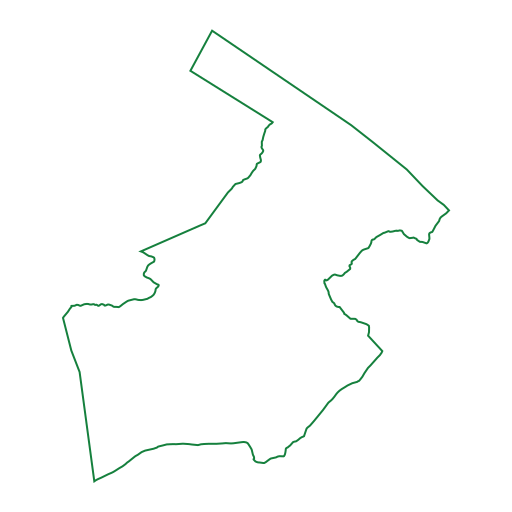 San Miguelito, Intibucá, Honduras (Albers equal-area conic projection)
{"feature_id": "27666195B17260395757329", "entity_name": "San Miguelito", "entity_type": "district", "adm_level": 2, "iso_a3": "HND", "parent_name": "Honduras", "parent_adm1": "Intibucá", "projection": "albers", "projection_center": [-88.337, 14.373], "detail": "fine", "context": "isolated", "style": "outline", "palette": "green", "viewbox_px": 512, "rotation_deg": 0, "n_neighbors": 0, "source": "geoboundaries", "source_scale": "gbopen_adm2", "svg_char_len": 6073}
<svg xmlns="http://www.w3.org/2000/svg" viewBox="0 0 512 512"><path d="M284.0,456.1L284.7,454.9L285.0,454.1L285.4,452.3L285.7,450.2L285.8,449.0L286.0,448.5L286.6,447.9L287.6,447.5L288.9,446.4L290.1,445.5L293.1,442.1L294.5,441.6L295.8,441.4L296.3,441.2L298.4,439.7L300.1,438.2L300.9,437.7L301.7,437.2L303.4,436.5L304.0,436.2L306.1,430.0L306.6,428.6L307.1,428.0L307.6,427.5L310.0,425.6L314.0,421.0L323.0,410.0L328.2,402.9L328.9,402.2L331.1,400.4L332.5,399.0L334.3,396.8L336.4,393.9L337.7,392.4L339.5,390.7L341.7,389.1L345.0,387.1L347.5,385.5L352.3,383.2L357.1,381.9L357.6,381.6L358.1,381.2L358.8,381.0L359.3,380.6L360.7,378.9L362.4,376.7L364.4,373.2L368.0,367.9L370.5,365.4L377.3,357.7L379.9,355.1L381.6,352.7L382.3,351.1L368.1,335.7L369.0,332.2L369.1,327.5L368.9,326.0L368.8,325.7L366.7,324.3L366.0,324.0L361.3,322.4L360.2,322.1L358.9,321.9L358.2,321.7L357.3,321.0L356.8,320.1L356.5,319.7L355.3,318.9L354.2,318.8L350.9,318.8L350.4,318.7L346.5,315.3L345.3,314.4L344.4,314.0L344.2,313.7L344.1,313.0L343.9,312.6L339.6,307.0L339.4,307.0L338.6,307.0L337.7,306.8L336.9,306.6L336.2,306.2L335.4,305.6L334.9,304.8L334.6,304.3L334.4,303.6L334.3,303.4L333.4,302.6L332.4,301.9L331.1,299.5L328.9,294.3L328.7,293.6L328.6,292.2L328.3,291.2L327.5,289.6L326.2,287.3L325.6,285.8L325.0,284.0L324.5,283.4L324.4,282.6L324.3,281.4L324.3,280.9L324.6,280.2L324.9,279.8L325.1,279.7L325.5,279.8L325.8,280.2L326.2,280.4L326.7,280.3L327.6,279.9L328.1,279.5L332.0,275.7L333.3,275.0L334.3,274.6L335.2,274.6L337.2,275.3L340.2,275.9L341.7,275.8L342.2,275.6L342.8,275.2L343.7,274.4L344.9,272.9L346.7,271.8L350.1,269.0L350.2,268.6L350.2,267.8L350.0,267.1L349.5,266.4L349.5,265.7L349.6,265.3L350.0,265.0L351.1,264.4L351.7,263.9L351.8,263.2L351.6,262.6L351.6,262.2L351.7,261.5L352.0,261.1L353.4,259.9L355.1,259.0L355.4,258.7L359.8,253.0L361.1,251.5L362.2,250.4L362.9,250.0L364.0,249.5L368.0,248.2L368.5,247.9L369.6,246.1L370.9,243.6L371.4,242.0L371.4,241.3L371.5,240.9L371.9,240.1L372.6,239.6L373.6,239.5L374.0,239.3L374.8,238.7L375.8,237.6L376.7,236.9L380.1,235.0L383.5,232.9L384.4,232.8L388.3,231.2L388.8,231.2L389.6,231.7L390.5,231.8L392.7,231.5L395.0,230.9L396.4,230.7L396.8,230.7L397.0,230.9L398.2,230.8L399.8,230.4L401.1,230.6L401.8,230.8L402.0,231.0L403.9,234.1L404.2,234.4L405.3,235.3L406.9,236.7L408.7,237.8L409.4,238.1L410.1,238.1L412.5,237.8L413.4,237.6L413.7,237.6L414.6,238.1L416.4,238.8L416.6,239.0L416.8,239.6L417.2,240.0L418.6,241.0L419.9,241.8L420.6,241.9L421.6,241.9L422.6,242.0L426.4,243.3L426.7,243.3L427.1,243.1L427.6,242.7L428.3,241.8L429.4,239.0L429.4,237.8L429.1,234.6L429.2,233.9L429.4,233.4L429.6,233.1L430.4,232.6L431.0,232.3L431.9,232.1L432.4,231.7L433.5,229.7L435.5,225.8L438.9,221.3L439.2,220.8L439.6,219.2L440.6,217.5L441.9,216.4L446.2,213.3L449.0,210.4L443.9,205.0L437.6,200.4L422.5,186.0L406.8,169.5L373.0,142.3L351.2,125.2L212.1,30.7L190.4,70.8L272.7,122.2L272.1,123.0L271.6,123.5L271.1,123.8L270.1,124.3L269.5,124.8L268.6,125.8L267.9,126.9L266.9,127.7L266.0,128.5L265.5,129.1L265.3,129.5L265.2,130.9L264.4,133.2L263.5,136.1L263.2,137.2L262.6,140.1L261.9,141.5L261.8,142.0L261.9,145.7L261.8,146.1L261.5,146.7L261.5,147.2L261.6,147.7L262.1,148.6L263.1,150.1L263.2,150.5L263.2,150.9L262.9,151.7L262.2,152.8L261.7,153.4L260.4,154.5L260.0,155.0L259.9,155.4L260.2,157.4L260.9,160.0L260.9,160.9L260.7,161.7L260.3,162.1L258.3,163.1L257.3,163.6L256.9,163.9L256.7,164.4L256.6,165.5L256.4,166.3L255.3,168.7L254.8,169.3L253.6,170.4L252.9,171.2L251.6,173.1L250.4,175.2L248.1,177.9L247.1,178.5L244.5,179.4L243.2,180.0L242.9,180.4L242.7,181.0L242.5,181.4L242.0,181.9L241.3,182.3L239.5,183.0L235.5,184.0L235.2,184.3L232.9,186.8L231.8,188.6L227.9,192.5L205.3,223.3L199.6,225.7L140.9,251.4L142.2,251.9L143.5,252.5L147.4,255.1L149.0,256.0L151.3,256.4L153.3,257.2L154.1,257.7L154.3,258.3L154.5,259.1L154.5,259.9L154.3,260.8L154.1,261.5L153.8,261.8L152.8,262.3L150.4,263.7L149.0,264.7L148.1,265.5L147.7,266.2L147.3,266.9L146.0,270.6L145.6,271.2L144.6,272.1L144.2,272.7L143.9,273.4L143.8,274.3L143.8,275.1L143.9,275.4L144.3,275.9L144.9,276.4L146.8,277.5L148.8,278.2L150.2,278.9L150.7,279.3L153.6,282.3L157.1,284.3L158.3,284.7L158.7,285.1L158.7,285.3L158.6,285.7L158.2,286.5L157.5,287.2L156.5,288.0L155.8,288.9L155.6,289.5L155.5,290.6L155.3,291.4L154.8,292.7L154.3,293.7L153.4,295.0L152.1,296.1L150.9,297.0L148.7,298.0L147.4,298.8L142.9,299.9L141.1,300.1L139.3,300.0L138.1,299.9L135.8,299.3L134.1,299.2L128.6,300.6L127.6,301.0L126.3,301.8L122.9,304.1L120.3,306.2L119.2,306.9L118.7,307.1L116.6,306.9L114.9,306.9L113.9,306.8L113.2,306.5L112.0,305.6L109.1,304.6L108.5,304.5L107.9,304.5L105.6,305.5L104.8,305.6L104.5,305.5L104.1,304.9L103.6,304.6L102.4,304.2L102.0,304.1L101.3,304.2L100.9,304.3L99.1,305.6L98.7,305.8L98.0,305.7L97.2,305.1L96.6,304.8L96.2,304.7L95.6,304.9L94.9,304.8L94.6,304.7L94.1,304.3L93.8,304.2L93.1,304.2L91.6,304.5L90.2,304.5L89.5,304.4L88.3,304.0L86.8,303.9L85.3,304.1L84.1,304.3L80.7,305.8L79.8,305.7L78.3,305.0L77.0,304.8L76.4,304.9L75.5,305.4L74.3,305.8L71.5,305.9L71.3,306.1L71.4,306.6L71.4,306.9L70.9,307.6L70.1,308.4L67.9,311.8L63.7,316.8L63.0,317.9L71.3,350.5L79.6,372.0L94.3,481.3L95.9,480.2L98.0,479.1L101.2,477.7L108.3,474.2L111.6,472.8L113.4,471.9L115.5,470.6L119.4,468.1L122.4,466.4L123.5,465.6L125.5,464.1L127.2,462.5L128.7,461.5L134.9,456.5L135.8,455.9L137.8,454.8L141.6,452.1L145.1,450.6L153.7,448.7L155.6,448.0L156.7,447.7L158.0,446.7L158.9,446.4L162.6,445.5L166.8,444.4L173.3,444.1L176.1,444.2L182.9,443.7L189.0,444.1L191.8,444.5L197.9,445.1L198.8,444.9L200.9,444.3L204.1,444.0L208.6,443.8L214.9,443.8L216.5,443.8L222.7,443.4L225.8,443.1L230.1,443.4L231.6,443.4L233.2,443.3L242.2,442.1L243.5,442.0L244.6,442.1L246.2,442.4L247.0,442.8L247.6,443.1L248.7,444.6L250.4,447.3L251.5,449.2L251.8,450.0L252.9,454.7L253.7,456.3L254.0,457.1L254.1,457.8L254.1,458.4L254.0,458.7L253.6,459.1L253.6,459.5L253.9,459.8L255.4,461.4L256.7,462.0L258.1,462.4L259.7,462.5L263.3,463.0L264.2,463.0L265.7,462.2L268.2,460.3L270.0,459.0L270.9,458.5L276.0,457.4L277.6,456.6L278.9,456.3L279.7,456.2L282.5,456.3L283.6,456.3L284.0,456.1Z" fill="none" stroke="#15803d" stroke-width="2"/></svg>